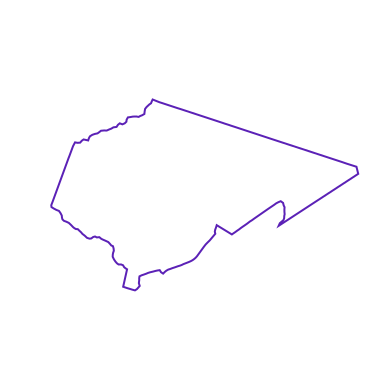 the district of Sátiro Dias, Bahia, Brazil, rotated 126°
{"feature_id": "56859067B46846064360642", "entity_name": "Sátiro Dias", "entity_type": "district", "adm_level": 2, "iso_a3": "BRA", "parent_name": "Brazil", "parent_adm1": "Bahia", "projection": "mercator", "projection_center": [-38.535, -11.555], "detail": "fine", "context": "isolated", "style": "outline", "palette": "violet", "viewbox_px": 384, "rotation_deg": 126, "n_neighbors": 0, "source": "geoboundaries", "source_scale": "gbopen_adm2", "svg_char_len": 2495}
<svg xmlns="http://www.w3.org/2000/svg" viewBox="0 0 384 384"><g transform="rotate(126 192 192)"><path d="M220.6,315.8L224.8,315.2L235.1,312.3L237.1,311.8L281.3,299.2L285.4,298.1L286.8,296.8L286.6,294.0L286.2,291.1L285.5,288.5L286.4,285.9L287.6,283.5L289.1,282.2L290.3,280.7L290.6,278.7L289.9,276.2L289.4,273.5L289.8,270.3L290.3,267.7L290.4,265.9L290.2,264.1L289.2,262.6L289.5,260.6L289.8,258.0L290.3,256.1L290.4,253.0L290.8,250.0L290.0,247.5L288.8,246.2L286.5,245.5L285.0,244.3L284.7,242.3L283.0,240.4L283.2,237.9L282.9,236.1L282.3,233.4L281.7,230.3L282.2,227.8L282.7,225.9L282.3,224.1L283.8,222.2L285.5,220.7L287.5,220.1L289.2,219.3L291.0,218.1L292.4,215.5L293.3,213.0L293.8,210.8L293.8,208.8L292.3,206.8L291.8,204.7L292.7,202.7L292.8,200.9L292.7,199.1L309.1,192.0L308.5,190.0L307.7,187.5L306.8,185.0L306.1,182.9L305.1,180.3L303.0,179.5L301.2,179.3L298.7,179.1L297.0,181.4L294.3,182.9L292.7,184.1L291.1,184.9L289.0,183.8L287.2,182.5L285.0,181.0L283.3,180.0L281.7,178.8L280.3,177.6L279.0,176.5L277.5,175.3L276.0,174.0L274.2,172.2L275.1,169.9L275.0,167.4L272.5,167.0L270.7,166.5L268.7,165.6L267.1,164.4L265.1,163.1L262.9,161.5L260.4,159.8L258.7,158.5L257.2,157.5L255.3,156.5L253.0,155.0L250.5,153.4L248.6,152.3L246.9,151.5L244.8,150.8L243.0,150.4L241.1,150.2L238.9,150.2L236.3,150.2L234.0,150.2L231.5,150.2L229.2,150.2L226.4,150.1L223.6,149.7L220.7,149.2L212.1,148.6L210.7,150.2L208.8,151.1L206.6,151.7L204.3,152.5L202.9,134.8L201.1,134.2L199.2,133.5L196.7,132.7L194.5,131.9L192.7,131.4L190.6,130.7L188.1,129.8L185.2,128.8L181.8,127.8L179.6,126.9L177.1,126.1L161.0,120.5L154.1,118.0L151.6,117.2L149.4,116.1L147.3,114.8L147.3,111.9L149.0,109.9L149.9,108.2L151.8,107.0L153.8,105.5L155.5,104.0L157.1,103.3L159.1,102.0L161.0,101.5L163.1,102.0L165.6,102.6L168.4,102.0L79.6,68.2L74.9,73.8L78.1,83.4L79.6,88.3L81.6,94.5L88.5,115.9L102.1,158.0L113.9,194.8L115.4,199.4L116.0,201.4L117.5,205.9L118.0,207.6L131.7,250.2L132.6,252.8L137.5,268.1L138.5,271.1L140.3,278.2L142.4,277.8L144.3,277.3L146.3,278.0L149.9,278.7L152.3,278.8L154.4,277.8L156.9,276.4L159.3,277.5L161.0,278.6L162.6,279.3L163.7,281.5L165.7,284.1L167.8,286.1L169.3,287.7L171.9,287.4L173.7,286.4L176.0,286.8L178.2,288.1L178.9,290.8L181.2,291.4L183.7,291.3L185.9,293.6L188.1,294.5L190.3,295.9L192.4,297.1L193.9,299.3L195.9,301.6L198.3,302.3L200.1,302.9L202.1,304.7L204.4,306.3L207.0,307.3L209.2,307.0L211.3,306.3L212.2,308.3L213.2,310.6L215.3,311.3L217.8,311.5L219.5,313.5L220.6,315.8Z" fill="none" stroke="#5b21b6" stroke-width="2"/></g></svg>